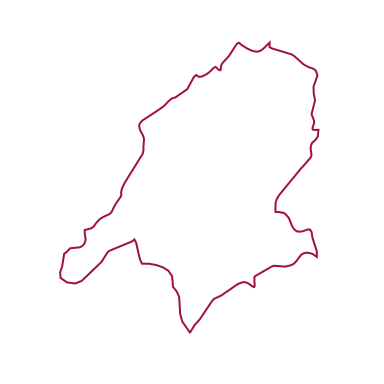 the County of Gjirokastër, rotated 79°
{"feature_id": "ALB-1525", "entity_name": "Gjirokastër", "entity_type": "County", "adm_level": 1, "iso_a3": "ALB", "parent_name": "Albania", "parent_adm1": "", "projection": "robinson", "projection_center": [20.177, 40.156], "detail": "fine", "context": "isolated", "style": "outline", "palette": "rose", "viewbox_px": 384, "rotation_deg": 79, "n_neighbors": 0, "source": "natural_earth", "source_scale": "10m", "svg_char_len": 2273}
<svg xmlns="http://www.w3.org/2000/svg" viewBox="0 0 384 384"><g transform="rotate(79 192 192)"><path d="M329.5,220.9L317.5,226.2L309.5,226.9L292.4,224.6L286.6,226.0L281.6,228.7L270.9,227.6L264.8,230.2L260.5,234.8L256.9,241.0L254.2,247.9L252.8,254.9L247.5,256.0L231.5,256.5L227.6,257.6L229.2,260.7L234.0,284.6L235.7,287.0L243.3,294.1L258.2,317.2L259.5,324.1L256.9,331.9L251.3,337.4L245.8,336.8L240.1,333.6L228.1,329.2L227.5,327.3L224.0,322.3L224.9,312.7L224.0,309.8L222.2,307.5L219.7,306.0L217.4,305.3L213.0,305.3L208.9,304.6L208.4,297.9L207.0,294.9L204.0,291.8L201.0,287.7L199.8,284.6L197.7,276.6L196.1,274.6L190.2,270.2L183.0,262.9L181.2,261.8L179.3,261.8L175.7,260.4L170.3,256.5L145.1,233.1L141.6,231.6L139.4,231.3L131.3,229.1L129.4,229.0L127.4,229.3L121.1,231.2L116.9,231.3L114.4,229.8L112.3,227.0L105.6,210.5L102.5,203.6L98.0,197.1L96.4,194.1L96.0,190.3L90.1,177.0L79.6,168.3L78.7,167.1L78.0,165.5L79.9,163.8L80.4,162.3L80.5,160.1L79.2,155.3L77.6,152.0L74.9,148.0L74.0,146.3L73.7,145.1L74.3,144.5L76.9,142.6L77.8,141.4L77.9,140.9L77.5,140.5L73.7,139.4L72.4,138.5L71.0,137.2L65.3,129.5L55.9,120.5L54.6,118.5L54.5,117.3L56.7,115.7L61.3,110.9L64.0,107.4L65.9,103.9L66.8,100.5L66.5,98.2L65.2,95.1L60.2,87.3L64.7,88.2L65.4,87.3L66.6,85.6L75.8,68.2L77.9,65.8L87.6,58.5L89.8,56.1L91.9,53.4L93.8,49.9L95.5,48.0L97.0,47.2L101.5,46.6L111.8,52.6L118.4,53.7L125.7,53.8L138.4,59.8L145.3,58.6L147.6,58.9L150.9,60.9L152.6,61.6L153.7,61.5L154.2,60.7L154.6,59.4L154.7,58.3L155.1,56.0L161.4,57.9L164.4,60.8L166.6,64.6L168.9,66.3L172.1,67.3L177.1,67.5L179.5,68.0L181.1,69.3L188.5,78.8L189.4,80.2L211.7,107.1L215.4,110.3L218.3,111.9L225.3,113.5L227.5,113.8L228.6,109.3L229.6,107.5L229.7,106.6L230.3,105.6L231.8,104.3L235.7,102.0L245.0,100.1L248.0,98.9L250.7,96.6L251.7,92.7L251.5,89.5L250.9,86.1L251.3,83.4L254.2,82.2L259.9,82.5L273.9,80.8L279.5,81.9L276.5,84.7L275.4,86.1L274.5,88.0L273.5,90.7L273.4,93.9L274.5,96.9L279.9,102.9L281.9,105.8L282.8,108.9L283.0,114.9L280.0,125.8L280.6,128.7L286.6,146.0L287.3,146.9L291.9,147.9L294.7,148.1L296.4,148.5L297.2,149.2L296.4,150.5L293.0,153.6L291.4,155.6L290.5,157.5L290.3,159.6L290.6,162.1L291.1,164.5L299.3,183.3L301.1,190.8L303.2,193.5L318.4,208.6L323.2,214.9L329.4,220.6L329.5,220.9Z" fill="none" stroke="#9f1239" stroke-width="2"/></g></svg>